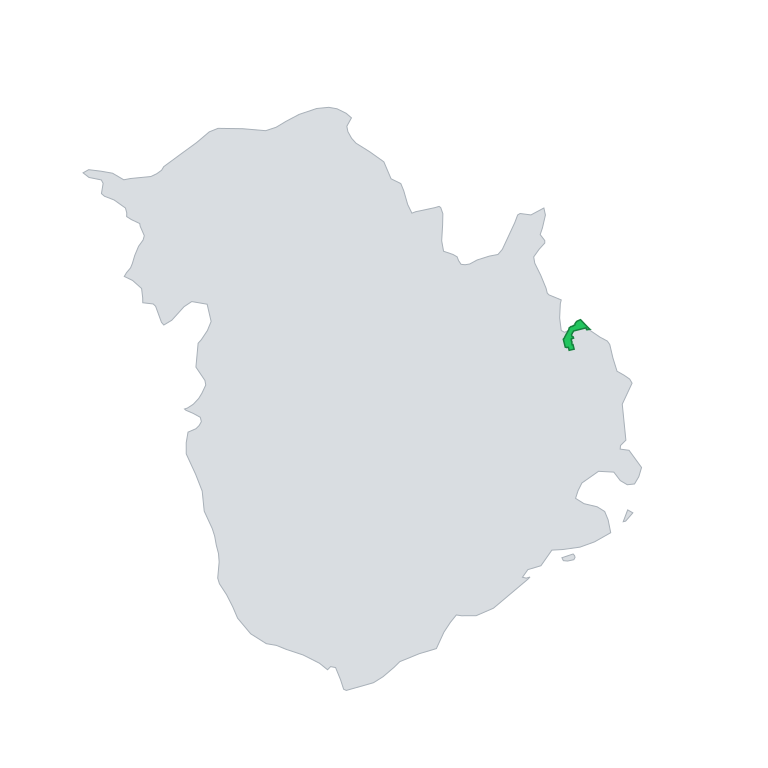 Borei Cholsar, Takêv, Cambodia (highlighted), rotated 256°
{"feature_id": "14789045B63484458501082", "entity_name": "Borei Cholsar", "entity_type": "district", "adm_level": 2, "iso_a3": "KHM", "parent_name": "Cambodia", "parent_adm1": "Takêv", "projection": "albers", "projection_center": [104.993, 10.787], "detail": "fine", "context": "in_parent", "style": "filled", "palette": "green", "viewbox_px": 768, "rotation_deg": 256, "n_neighbors": 0, "source": "geoboundaries", "source_scale": "gbopen_adm2", "svg_char_len": 5080}
<svg xmlns="http://www.w3.org/2000/svg" viewBox="0 0 768 768"><g transform="rotate(256 384 384)"><path d="M661.7,143.1L663.4,149.3L658.9,161.0L654.2,171.6L645.1,180.9L644.7,187.7L641.7,208.0L643.0,214.4L645.2,219.9L648.2,222.9L656.3,242.6L663.6,260.6L670.9,275.4L672.2,284.8L665.9,308.6L658.4,330.5L659.2,341.4L662.5,352.2L666.1,366.7L667.6,385.3L665.8,397.4L662.4,405.0L655.8,412.8L650.1,416.8L643.1,410.3L637.6,410.0L630.2,412.0L624.4,415.1L612.6,426.5L599.6,437.6L581.4,440.5L574.4,448.8L566.8,449.9L552.4,450.4L543.0,452.4L543.5,456.5L542.8,475.9L543.0,480.4L541.5,481.7L535.0,482.3L524.0,479.3L509.0,474.6L498.4,473.9L492.9,482.4L489.7,485.7L485.7,486.2L481.5,487.7L480.1,491.5L479.7,496.2L481.8,504.3L482.6,517.1L482.1,525.9L486.0,531.4L508.9,549.9L515.7,554.6L516.5,557.3L512.5,567.5L516.1,581.7L508.9,581.5L497.0,575.4L491.2,571.7L484.3,574.7L481.9,574.1L477.2,567.1L471.1,560.0L464.8,559.5L451.4,562.4L437.8,564.4L432.7,564.4L430.5,565.7L422.7,576.3L419.3,574.5L405.6,570.4L393.1,568.9L390.5,571.6L392.0,580.3L394.8,588.8L393.1,592.4L386.3,596.8L377.2,604.9L371.6,611.1L367.7,612.6L353.9,612.4L340.0,613.2L334.5,619.0L329.3,623.6L324.8,624.9L306.8,610.3L271.0,605.1L267.1,598.6L263.7,597.4L260.4,605.7L240.7,613.7L232.4,608.8L226.4,602.9L227.4,595.7L233.1,589.9L242.9,585.7L247.4,571.0L240.1,552.1L233.6,546.5L226.7,542.2L219.5,549.1L213.3,561.1L206.9,567.3L198.0,568.6L184.9,568.0L179.9,550.1L178.3,534.7L180.2,517.1L182.2,506.7L169.7,492.3L169.1,478.7L163.0,471.6L161.2,475.1L161.4,479.0L159.7,476.2L140.0,436.0L136.9,417.4L140.4,403.1L142.4,398.3L136.7,390.8L128.7,382.1L114.6,370.8L113.8,353.1L110.8,332.2L106.6,325.1L100.2,312.2L96.7,301.5L95.8,273.3L97.6,271.0L107.7,270.3L120.6,268.4L122.7,263.8L120.4,260.1L128.7,253.8L140.7,239.9L149.9,225.3L156.5,216.2L160.5,207.0L173.9,194.2L192.2,185.3L204.6,183.3L217.6,180.3L230.0,176.0L235.9,175.7L251.2,181.0L259.5,182.4L268.3,182.3L277.3,182.9L285.2,182.4L304.1,178.8L324.1,181.7L341.9,179.4L364.0,175.2L374.9,177.9L384.7,182.2L386.1,190.7L388.4,194.6L391.7,197.7L396.1,197.7L401.7,191.7L406.4,185.5L408.0,184.4L408.2,187.4L410.5,194.1L414.8,200.7L419.0,205.0L426.1,210.8L430.8,211.1L445.9,205.6L468.5,213.5L471.2,217.5L478.6,225.6L486.5,231.4L504.2,231.7L510.5,217.4L507.4,208.7L497.2,193.5L494.5,184.6L497.7,183.0L514.7,181.2L517.5,179.4L521.2,169.6L525.9,170.7L535.3,171.9L545.3,165.1L551.2,158.0L554.4,161.2L558.0,166.2L561.8,169.0L569.1,173.3L577.0,179.2L582.0,185.1L585.9,187.3L596.1,185.6L598.8,185.8L604.6,178.7L608.7,174.8L612.2,175.8L617.3,175.7L627.9,166.6L633.8,158.2L637.1,155.9L646.6,160.0L650.4,159.1L655.8,147.7L661.7,143.1ZM173.3,526.4L171.3,527.4L169.5,527.4L167.6,525.7L167.8,519.3L169.2,515.3L172.4,514.6L173.3,526.4ZM202.9,590.0L198.8,594.3L192.5,585.3L192.5,582.8L202.9,590.0Z" fill="#d9dde1" stroke="#a8b0b8" stroke-width="1"/><path d="M384.1,568.8L383.8,568.8L383.5,568.8L375.9,568.8L375.8,569.1L375.6,569.4L375.6,569.5L375.4,569.8L375.2,570.0L375.2,570.3L375.2,570.5L375.2,570.9L375.1,571.0L374.9,571.3L374.9,571.6L374.9,571.8L374.6,571.8L374.2,571.8L373.8,571.8L373.4,571.8L371.9,571.8L371.9,572.1L371.9,572.5L371.8,576.9L372.5,576.9L376.5,576.9L376.5,576.1L377.9,576.1L378.0,576.1L378.3,576.1L378.5,576.3L378.8,576.4L379.0,576.4L379.3,576.4L379.5,576.5L379.8,576.6L380.0,576.6L380.3,576.3L380.5,576.3L380.7,576.2L381.0,576.3L381.3,576.3L381.6,576.4L381.8,576.5L382.0,576.5L382.1,576.9L382.6,576.9L382.6,579.0L382.9,579.0L383.0,579.0L383.9,579.0L384.6,577.9L386.6,577.9L387.5,578.9L387.9,579.1L388.2,579.3L388.4,579.6L388.6,579.9L389.6,580.9L389.6,584.0L389.6,586.6L389.6,588.0L389.6,589.0L389.6,590.0L389.6,593.5L389.3,593.6L388.9,593.6L388.6,593.7L388.4,593.7L388.1,593.7L387.9,593.7L387.7,593.7L387.6,593.8L387.5,594.1L387.5,594.6L387.4,595.2L387.4,595.7L387.4,596.2L387.3,596.7L387.3,597.0L387.5,596.8L394.0,593.0L394.1,592.9L394.3,592.9L394.6,592.7L394.8,592.5L395.0,592.4L395.3,592.3L395.5,592.2L395.8,592.0L395.9,591.9L396.1,591.8L396.3,591.7L396.6,591.5L396.8,591.4L397.0,591.3L397.1,591.2L397.3,591.2L397.5,591.0L397.8,590.9L398.0,590.8L398.1,590.7L398.3,590.6L398.6,590.4L398.9,590.2L398.3,586.8L398.3,586.7L398.2,586.4L398.1,586.1L397.9,585.9L397.7,585.5L397.4,585.2L397.1,584.8L396.8,584.5L396.6,584.2L396.3,583.9L396.2,583.9L395.9,583.8L395.6,583.7L395.2,583.6L395.1,583.3L395.0,582.9L395.0,582.5L394.9,582.2L394.9,581.8L394.8,581.5L394.7,581.4L394.4,581.3L394.3,581.2L394.3,580.8L394.4,580.6L394.4,580.4L394.4,580.2L394.5,579.9L394.5,579.6L394.5,579.2L394.4,579.1L394.3,578.9L394.2,578.6L394.1,578.4L393.9,578.0L393.8,577.7L393.6,577.2L393.4,577.1L393.1,577.0L392.8,576.9L392.5,576.7L392.2,576.6L391.8,576.2L391.4,575.9L391.1,575.7L390.8,575.3L390.4,574.9L390.0,574.6L389.8,574.4L389.5,574.1L389.1,573.7L388.9,573.5L388.7,573.3L388.4,573.1L388.2,572.8L387.9,572.6L387.7,572.4L387.5,572.2L387.3,572.1L387.2,572.0L387.1,571.9L386.9,571.7L386.6,571.4L386.3,571.1L386.1,571.0L385.9,570.8L385.7,570.6L385.4,570.4L385.2,570.3L385.1,570.1L384.9,570.0L384.7,569.8L384.6,569.7L384.5,569.4L384.3,569.1L384.2,569.0L384.1,568.8Z" fill="#22c55e" stroke="#15803d" stroke-width="1.5"/></g></svg>